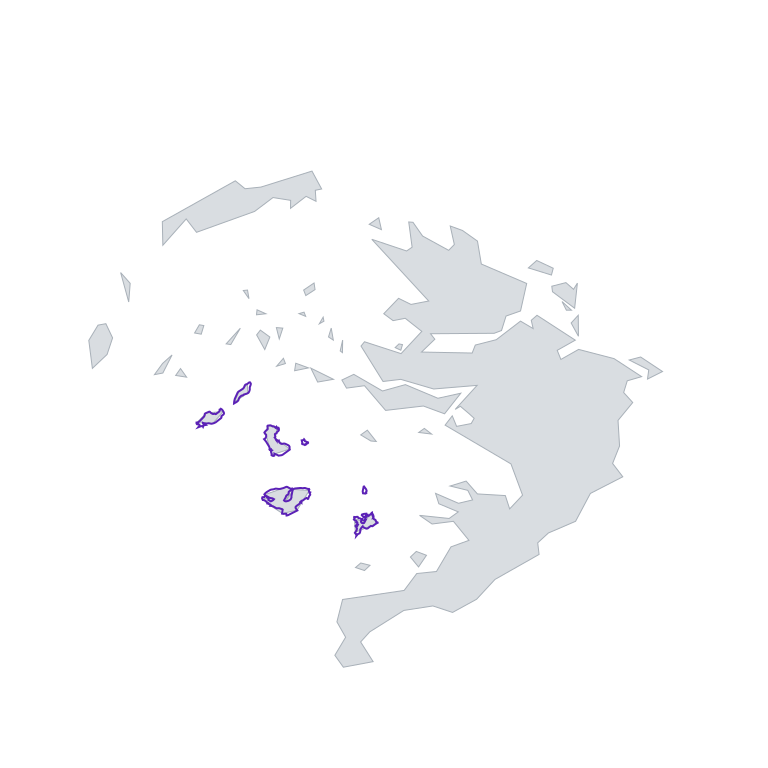 Voreio Aigaio highlighted on a map of Greece, rotated 155°
{"feature_id": "GRC-2988", "entity_name": "Voreio Aigaio", "entity_type": "Region", "adm_level": 1, "iso_a3": "GRC", "parent_name": "Greece", "parent_adm1": "", "projection": "robinson", "projection_center": [25.95, 38.775], "detail": "fine", "context": "in_parent", "style": "outline", "palette": "violet", "viewbox_px": 768, "rotation_deg": 155, "n_neighbors": 0, "source": "natural_earth", "source_scale": "10m", "svg_char_len": 9834}
<svg xmlns="http://www.w3.org/2000/svg" viewBox="0 0 768 768"><g transform="rotate(155 384 384)"><path d="M511.2,137.0L540.5,144.5L543.2,158.9L525.8,170.7L527.2,188.3L512.6,206.2L453.0,188.4L434.4,198.4L415.7,191.9L392.1,208.1L373.1,206.4L379.1,230.2L399.6,236.8L407.3,249.9L381.8,234.6L370.7,236.7L384.9,252.3L383.5,263.1L366.9,244.4L352.7,241.5L353.0,252.2L367.2,263.6L350.6,261.3L345.8,244.9L321.2,231.6L322.9,217.7L305.4,224.7L302.7,257.9L346.0,320.9L335.6,326.3L336.1,314.9L321.7,311.3L316.8,314.8L319.5,321.3L324.2,331.5L330.2,330.9L300.2,343.4L341.1,358.5L366.8,381.1L383.8,386.7L388.8,428.1L383.8,430.5L355.7,404.3L327.5,415.7L337.0,434.6L349.0,437.6L354.5,447.8L334.6,455.5L325.9,444.7L308.4,440.3L333.9,520.3L307.3,495.0L300.7,496.1L293.1,520.4L289.4,518.3L286.5,501.8L268.9,477.8L261.3,480.7L257.2,499.2L248.0,490.0L238.9,474.0L245.1,451.6L212.2,414.8L229.4,392.5L244.7,394.0L254.9,382.8L262.7,383.4L320.6,409.9L319.0,403.1L336.5,397.1L291.0,374.8L284.8,380.7L263.5,376.7L233.7,383.3L225.4,371.2L223.6,379.5L216.3,381.6L192.1,342.9L212.8,341.3L213.3,331.5L193.0,333.1L164.8,309.8L147.4,281.8L162.2,284.1L170.4,275.0L166.4,262.1L187.3,252.1L196.7,228.3L210.4,215.4L206.8,199.0L243.2,197.6L268.4,178.6L298.0,179.5L311.8,175.1L315.5,164.0L366.0,160.0L391.0,149.8L418.4,148.0L433.5,162.2L461.7,170.4L501.6,165.4L514.2,160.1L511.2,137.0ZM375.3,587.0L394.5,582.7L391.0,589.9L405.8,599.9L428.3,595.1L489.8,600.7L493.5,617.2L525.8,603.2L516.3,624.8L432.9,631.0L427.4,619.7L412.4,614.5L359.3,607.4L358.1,587.1L364.4,588.6L368.4,578.3L375.3,587.0ZM341.7,331.4L357.6,347.4L393.7,359.4L402.4,390.7L419.7,396.1L420.5,405.4L407.3,405.5L388.3,378.3L364.9,374.4L341.2,348.3L318.3,343.2L341.7,331.4ZM530.7,309.6L540.8,325.7L541.2,331.4L535.5,328.2L539.0,334.1L515.8,331.8L512.6,327.8L522.5,319.3L510.5,326.7L496.8,319.1L516.1,306.4L530.7,309.6ZM618.3,558.2L610.6,556.2L610.5,540.5L622.5,527.8L641.7,521.4L633.1,548.3L618.3,558.2ZM511.8,390.9L506.1,395.0L499.7,389.0L505.7,381.0L496.9,364.9L515.8,367.3L511.8,390.9ZM179.2,372.1L192.3,396.4L190.6,401.7L176.3,399.0L172.2,389.7L166.1,393.7L179.2,372.1ZM151.6,302.1L140.0,300.0L126.3,277.6L143.1,277.1L138.1,284.9L151.6,302.1ZM472.6,261.8L467.7,274.6L461.3,268.3L450.1,271.4L449.9,260.6L472.6,261.8ZM555.9,420.6L569.9,428.1L557.2,432.8L541.3,427.0L555.9,420.6ZM433.2,216.0L425.5,218.6L417.9,210.8L430.0,203.6L433.2,216.0ZM186.2,412.0L204.1,428.2L193.4,431.4L181.7,417.4L186.2,412.0ZM478.7,482.3L473.3,485.1L467.6,474.8L477.5,465.6L478.7,482.3ZM443.3,413.8L443.6,429.3L427.8,409.6L443.3,413.8ZM580.7,566.2L575.6,596.3L571.5,582.5L580.7,566.2ZM188.6,360.2L178.9,364.2L187.6,345.1L188.6,360.2ZM329.9,535.0L318.5,536.9L321.1,525.0L329.9,535.0ZM563.8,499.9L579.8,487.4L588.1,489.5L576.0,496.2L563.8,499.9ZM508.0,441.2L511.4,433.5L527.4,430.7L518.6,438.4L508.0,441.2ZM459.9,469.1L457.7,480.6L452.1,477.4L459.9,469.1ZM459.4,433.8L455.2,440.1L445.6,430.5L459.4,433.8ZM426.6,347.7L418.6,349.2L415.3,335.2L420.0,337.9L426.6,347.7ZM487.4,229.7L480.7,231.6L473.3,225.6L480.5,223.2L487.4,229.7ZM417.5,497.2L417.1,503.1L404.7,505.1L406.6,498.7L417.5,497.2ZM510.1,487.1L490.6,495.3L506.2,484.5L510.1,487.1ZM409.7,432.5L402.9,441.3L408.4,430.0L409.7,432.5ZM473.8,445.5L464.3,449.8L464.7,444.2L473.8,445.5ZM534.1,510.3L526.3,515.7L522.6,513.1L528.6,506.4L534.1,510.3ZM569.2,479.8L561.9,484.0L560.0,473.6L569.2,479.8ZM414.4,450.1L408.2,457.0L411.4,445.2L414.4,450.1ZM187.5,373.8L187.8,383.5L182.9,371.7L187.5,373.8ZM470.3,500.6L467.7,504.9L461.4,497.6L470.3,500.6ZM373.0,325.4L366.2,326.7L362.0,318.5L373.0,325.4ZM358.5,412.3L353.5,414.0L350.6,411.9L354.5,407.5L358.5,412.3ZM417.2,465.9L410.9,470.3L411.9,466.3L417.2,465.9ZM470.3,518.4L472.0,528.2L468.0,526.8L470.3,518.4ZM431.3,483.7L426.1,482.9L426.4,478.4L431.3,483.7Z" fill="#d9dde1" stroke="#a8b0b8" stroke-width="1"/><path d="M542.9,330.1L542.9,330.8L542.8,332.0L542.0,332.8L540.2,332.1L539.3,332.6L538.5,332.3L537.9,331.6L537.3,331.1L537.8,330.6L537.2,330.2L537.1,329.9L537.4,328.9L537.7,328.1L537.8,327.6L537.1,327.1L536.5,325.7L535.5,325.4L533.5,325.6L532.4,326.1L533.3,327.4L535.7,329.1L537.9,332.2L539.0,333.1L539.0,333.6L538.8,333.9L539.0,334.6L537.4,335.3L535.5,335.7L531.6,336.1L530.6,335.9L528.7,335.3L526.5,335.0L525.7,334.6L524.2,333.6L522.8,332.9L519.2,332.2L516.1,332.1L515.5,331.9L515.0,331.4L513.1,328.8L512.4,328.3L511.4,328.1L511.4,327.6L511.8,327.5L512.3,327.1L512.7,326.9L513.5,327.1L515.8,326.6L516.0,326.4L517.0,324.8L517.7,324.4L519.0,324.3L519.7,324.1L521.3,322.6L523.1,321.3L523.2,321.1L523.8,320.8L523.6,320.1L523.0,319.4L522.3,319.0L520.4,318.6L519.7,318.5L518.4,318.7L517.4,318.9L516.6,319.5L515.8,320.3L514.9,322.3L514.7,322.3L512.0,326.0L511.1,326.8L510.0,327.1L508.8,326.9L503.7,325.1L502.8,324.6L501.9,324.0L501.4,323.7L500.6,323.6L499.5,323.1L497.4,321.1L496.3,320.6L496.3,320.0L496.9,319.8L497.2,319.1L497.3,318.3L497.5,317.5L497.2,317.5L496.7,317.0L497.2,316.7L497.4,316.4L497.5,316.0L497.5,315.3L497.7,314.8L498.2,314.5L499.2,314.0L500.8,312.5L501.2,312.0L501.6,312.0L502.4,313.5L504.3,313.3L506.5,312.8L508.2,313.0L508.8,312.0L509.0,311.5L509.3,312.2L509.4,312.5L509.8,312.5L510.6,311.5L511.8,311.0L514.3,310.6L515.9,310.1L516.5,309.2L516.4,307.9L516.0,306.0L526.7,305.7L527.9,306.0L527.4,307.6L528.5,308.3L530.1,308.8L531.2,309.6L530.8,310.2L528.9,313.0L529.1,313.5L531.6,315.8L533.6,316.6L534.1,317.0L536.4,320.2L537.2,320.8L538.5,321.6L537.7,322.1L538.0,322.7L538.4,323.3L539.0,323.8L539.0,324.6L539.2,325.0L539.6,325.2L540.2,325.1L540.1,326.6L540.9,328.2L542.0,329.6L542.9,330.1ZM516.0,367.1L515.3,368.1L515.2,369.5L514.9,370.8L513.5,371.2L514.0,371.9L514.2,372.0L514.7,372.2L514.4,372.6L515.4,372.7L515.5,373.1L514.7,374.2L514.6,375.3L514.6,376.2L515.2,381.7L516.0,384.7L514.4,384.9L513.0,386.1L512.3,387.7L512.9,389.5L512.9,390.6L511.5,391.3L508.6,392.2L508.1,393.0L507.7,394.6L507.4,395.2L506.8,395.4L505.5,394.9L504.7,394.7L504.1,394.3L502.7,392.6L502.2,392.5L501.6,392.0L501.1,391.1L500.8,390.2L499.6,390.7L499.6,388.7L498.6,389.3L498.1,388.9L498.2,387.8L498.7,386.7L499.3,386.2L500.1,385.9L501.2,385.7L501.5,385.5L502.2,384.7L503.7,384.8L504.0,384.7L504.4,383.9L504.5,383.0L504.7,382.2L505.7,381.7L505.4,380.9L505.5,379.1L505.3,378.2L505.2,378.5L504.9,378.7L504.6,378.1L504.2,377.7L503.8,377.4L503.2,377.2L503.6,376.5L503.5,375.5L503.2,374.5L502.8,373.7L502.1,373.0L501.4,372.7L500.6,372.6L499.6,372.2L498.7,371.5L496.8,369.2L496.2,368.2L496.1,367.1L496.5,366.2L496.9,365.5L497.1,364.4L505.9,362.7L507.1,362.8L510.0,363.7L510.2,364.2L512.7,367.1L512.9,366.5L513.1,366.2L513.5,366.1L513.5,365.8L513.5,365.7L513.1,365.6L514.0,365.4L514.8,365.6L515.5,366.2L516.0,367.1ZM473.3,258.0L472.8,258.7L472.5,259.0L472.5,259.4L472.8,259.4L472.9,259.5L473.1,260.4L473.2,261.1L473.3,261.4L471.9,262.2L470.4,263.2L469.5,264.7L469.7,266.5L468.8,266.5L468.2,266.6L467.7,267.0L467.2,267.4L468.0,267.9L468.4,268.0L467.5,268.4L466.8,269.1L466.7,269.8L467.6,270.4L466.9,271.2L467.2,272.0L468.0,272.8L468.4,273.4L468.5,274.0L468.2,274.1L467.6,274.5L467.5,275.0L467.5,275.7L467.2,276.1L466.2,275.5L464.5,275.0L464.0,274.7L463.9,274.0L463.9,273.3L463.7,273.0L462.7,272.6L461.7,271.1L460.7,271.0L462.0,270.1L462.8,269.4L463.1,268.7L462.9,267.6L462.2,266.9L461.4,266.6L460.7,266.5L458.2,268.4L459.2,268.5L459.6,268.7L459.9,269.0L458.8,269.1L458.0,269.8L457.4,270.8L457.0,271.9L457.6,271.6L457.8,271.4L458.5,272.2L459.2,273.4L459.6,274.5L459.2,275.0L457.9,274.9L456.9,274.7L455.0,274.0L456.3,271.9L456.6,271.7L456.3,270.9L455.6,271.1L454.9,271.8L454.5,272.5L454.1,272.5L454.1,271.9L453.7,271.0L450.2,272.0L449.6,272.5L449.2,272.5L449.6,271.6L449.9,271.3L450.4,271.0L449.7,270.5L449.2,270.4L449.3,269.8L449.2,269.5L449.6,269.2L450.0,269.0L450.0,268.4L449.6,268.4L449.6,268.0L449.9,267.9L450.4,267.4L450.0,267.4L450.5,266.4L450.2,265.7L449.7,265.2L449.2,264.4L449.2,263.4L449.3,262.4L449.2,261.7L448.4,261.4L448.4,260.9L450.5,260.8L454.3,260.0L454.9,260.1L455.8,260.9L456.7,260.8L459.9,260.0L461.2,260.4L462.0,261.3L462.7,262.3L463.6,263.4L463.5,264.0L464.8,263.5L466.4,262.6L467.2,261.9L467.2,261.3L468.5,259.6L469.3,259.0L469.5,259.0L471.1,259.0L471.6,258.8L473.3,258.0ZM569.4,426.8L570.1,426.3L570.5,426.6L570.6,427.4L570.2,428.3L568.8,427.8L566.6,428.3L561.1,430.4L560.6,430.7L559.9,431.3L559.5,431.8L559.4,432.2L559.2,432.5L558.7,432.8L558.2,432.9L554.3,432.8L553.7,432.6L553.5,432.2L553.3,431.6L553.1,431.0L552.1,429.5L551.5,429.0L550.1,428.7L549.4,427.9L548.9,427.8L548.4,427.9L547.4,428.2L545.9,428.4L544.9,428.8L544.1,429.5L543.8,430.3L543.3,430.3L543.3,429.8L543.0,429.8L542.3,430.4L541.8,429.7L541.4,428.5L541.3,427.6L541.2,425.8L541.4,425.0L542.1,424.3L543.1,424.0L544.2,423.8L545.0,423.5L545.4,422.5L545.9,422.0L552.7,420.4L554.8,420.4L557.0,420.8L557.8,421.3L559.4,422.5L561.5,423.1L563.8,424.6L564.5,425.3L564.7,424.5L564.4,423.8L563.8,423.2L563.2,422.3L564.2,422.6L564.9,422.6L565.5,422.3L566.1,421.7L566.2,422.6L567.8,423.1L570.6,423.3L568.6,424.3L568.5,424.9L568.7,425.4L569.1,426.0L569.4,426.8ZM528.1,429.8L527.0,431.7L525.5,433.6L520.1,438.2L519.1,438.6L513.9,439.3L512.7,439.8L512.1,440.3L510.9,441.4L510.3,441.8L509.7,442.0L508.0,441.8L505.6,442.4L504.8,442.2L504.5,440.8L505.0,439.8L506.9,437.9L507.4,437.1L507.8,436.0L508.7,434.8L509.8,433.8L510.7,433.3L512.2,433.2L515.6,433.7L516.9,433.3L518.1,433.7L519.9,433.2L521.5,432.3L523.1,430.6L525.1,430.0L528.1,429.8ZM481.5,362.1L481.9,362.7L483.5,364.1L483.5,364.5L483.4,364.6L483.0,364.6L482.4,367.7L481.6,367.5L481.0,367.3L480.4,367.3L479.8,367.7L479.6,367.0L479.8,366.1L479.8,365.6L479.5,365.3L478.8,364.6L478.6,364.1L477.8,363.6L477.5,363.2L477.7,362.7L478.1,362.5L478.5,362.6L478.9,363.2L479.3,362.6L479.7,362.3L480.2,362.2L480.6,362.7L481.0,362.7L481.0,362.1L481.5,362.1ZM447.1,292.5L449.2,293.8L448.7,295.7L445.8,299.6L445.4,299.6L444.7,296.1L444.9,294.4L446.2,293.5L446.0,292.9L446.1,292.6L447.1,292.5Z" fill="none" stroke="#5b21b6" stroke-width="2"/></g></svg>